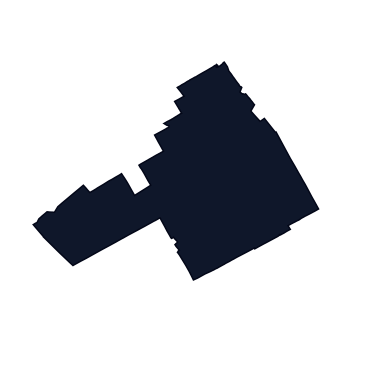 outline of LEU, Dolj, Romania, rotated 123°
{"feature_id": "2599482B68643233810442", "entity_name": "LEU", "entity_type": "district", "adm_level": 2, "iso_a3": "ROU", "parent_name": "Romania", "parent_adm1": "Dolj", "projection": "albers", "projection_center": [24.031, 44.193], "detail": "fine", "context": "isolated", "style": "filled", "palette": "ink", "viewbox_px": 384, "rotation_deg": 123, "n_neighbors": 0, "source": "geoboundaries", "source_scale": "gbopen_adm2", "svg_char_len": 5759}
<svg xmlns="http://www.w3.org/2000/svg" viewBox="0 0 384 384"><g transform="rotate(123 192 192)"><path d="M305.8,307.4L306.0,306.8L306.6,304.9L307.1,303.2L308.7,297.8L310.0,293.4L310.6,291.4L310.7,291.5L310.8,291.0L313.7,277.0L315.2,269.7L317.4,257.9L317.6,256.9L318.4,252.3L318.5,251.8L316.7,250.9L314.3,249.6L310.9,247.8L305.2,244.6L294.8,239.1L288.6,235.8L286.6,234.7L281.5,231.9L277.6,229.8L275.2,228.5L273.4,227.6L272.5,227.1L270.8,226.2L268.9,225.2L268.1,224.7L266.9,224.1L262.3,221.7L260.7,220.8L259.6,220.2L258.7,219.7L256.7,218.6L255.1,217.7L254.2,217.2L253.3,216.7L249.9,214.9L246.3,212.9L244.0,211.7L239.7,209.4L237.2,208.1L236.1,207.4L234.8,206.7L234.0,206.3L232.7,205.6L231.8,205.2L231.1,204.7L232.6,202.0L234.0,199.4L234.6,198.3L236.0,195.7L236.6,194.7L237.7,192.7L238.4,191.5L238.9,190.4L239.3,189.7L239.7,188.9L240.5,187.3L241.0,186.4L241.3,185.8L241.8,184.9L241.9,184.5L242.0,184.2L242.1,183.9L241.7,183.6L240.0,182.9L240.2,182.4L240.6,181.2L240.9,180.0L241.5,177.5L241.7,177.0L241.7,176.9L242.0,176.8L242.9,177.0L244.3,177.4L245.5,177.6L245.7,176.9L245.9,176.5L246.3,175.8L246.5,175.1L246.9,173.7L247.1,172.9L247.3,172.5L247.3,172.2L247.8,170.9L248.0,171.0L248.3,171.1L248.6,171.3L248.8,171.3L249.0,171.4L249.4,171.4L249.6,171.3L249.8,171.3L250.3,171.2L250.5,171.3L251.6,168.4L257.0,157.1L260.2,151.0L263.1,146.0L265.0,142.9L261.1,140.4L257.5,138.5L253.7,136.5L248.4,133.1L247.7,132.7L246.8,132.2L245.9,131.6L245.2,131.2L243.6,130.4L243.2,130.1L242.8,129.9L242.0,129.3L240.7,128.7L239.6,128.1L236.4,126.4L234.8,125.5L233.6,125.0L229.6,122.7L227.9,121.9L227.0,121.4L225.6,120.6L224.9,120.2L224.2,119.9L223.3,119.4L222.3,118.9L219.5,117.3L214.9,114.7L211.7,112.9L207.9,110.8L205.6,109.6L205.0,109.2L205.5,108.4L201.3,106.2L196.3,103.5L194.4,102.4L182.2,95.7L181.7,95.6L180.9,95.2L180.4,95.6L179.7,95.3L179.6,95.1L179.8,94.4L178.8,93.9L177.7,93.3L176.3,92.5L174.7,91.8L172.9,90.9L171.4,90.1L170.7,89.7L169.8,89.2L168.7,91.6L167.9,93.1L166.1,92.2L164.6,91.4L163.0,90.5L161.6,89.7L160.6,89.1L159.4,88.5L157.4,87.2L156.6,86.8L155.5,86.4L154.5,86.0L153.0,85.2L151.9,84.6L150.3,83.8L149.4,83.2L148.3,82.6L147.3,82.0L144.8,80.6L142.4,79.3L141.4,78.7L137.3,76.6L134.0,82.8L130.7,89.1L125.2,99.0L124.0,101.2L121.8,105.6L119.8,109.3L118.1,112.7L114.2,120.1L110.4,127.7L106.1,135.6L95.9,154.2L96.5,154.7L90.9,171.4L92.8,172.1L95.7,173.3L93.5,181.7L92.1,186.7L84.8,187.1L84.6,187.9L84.5,188.2L84.1,189.2L83.9,189.8L83.6,190.5L82.9,192.9L82.5,193.5L82.3,194.5L82.0,195.2L82.0,195.6L81.8,196.4L81.2,198.2L80.8,199.3L80.5,200.5L81.0,200.9L81.5,201.1L81.7,201.5L81.7,202.1L81.9,202.6L81.9,202.8L82.4,203.1L82.0,206.3L81.6,206.3L80.2,206.6L77.2,207.2L77.0,208.3L77.3,209.4L77.2,209.9L77.1,210.3L77.0,210.5L76.7,210.6L76.2,211.6L76.0,212.4L75.5,213.8L75.0,215.2L74.4,216.7L73.5,218.9L73.0,220.4L72.3,222.0L72.0,222.7L71.7,223.4L70.9,225.8L70.6,226.7L70.4,227.1L67.7,230.5L66.5,233.3L65.5,235.7L66.5,236.2L66.8,236.2L67.1,236.2L67.4,236.2L67.8,236.2L68.1,236.3L68.5,236.4L69.1,236.6L69.9,236.9L70.6,237.0L71.1,237.3L71.5,237.5L72.1,237.8L72.6,238.1L73.6,238.7L74.1,239.3L73.9,240.0L73.5,239.9L73.2,239.5L72.9,239.3L72.3,239.4L72.0,239.2L71.8,239.7L71.7,240.9L71.7,241.0L71.8,241.0L72.3,241.0L72.6,241.1L73.0,241.2L73.2,241.3L73.6,241.8L75.5,242.5L76.8,243.1L78.3,243.9L82.7,246.1L84.0,246.8L85.7,247.7L89.8,249.8L91.4,250.6L92.0,250.8L92.6,251.2L92.9,251.2L93.0,251.2L93.2,251.3L93.3,251.5L93.5,251.6L94.1,252.1L95.3,252.7L96.3,253.2L97.7,254.0L98.5,254.4L98.9,254.7L99.5,254.9L100.1,255.1L100.5,255.3L101.4,255.9L102.7,256.5L103.7,256.9L105.4,257.7L107.5,258.9L108.5,259.3L110.0,260.0L111.4,260.8L112.4,261.3L113.0,259.4L114.2,255.7L115.6,252.0L116.0,250.8L116.4,251.0L117.9,251.8L121.2,253.5L125.5,255.9L126.0,254.9L127.3,252.2L128.3,250.2L128.5,249.7L128.7,249.3L129.3,248.3L129.7,247.2L129.9,246.8L130.7,245.4L131.3,244.2L131.6,243.6L132.7,244.3L132.9,244.4L133.7,244.7L134.2,244.9L135.0,245.3L135.4,245.5L135.8,245.7L136.3,245.9L136.8,246.1L137.1,246.2L137.3,246.4L138.2,246.8L138.6,247.0L138.8,247.1L139.2,247.3L139.7,247.5L140.1,247.7L140.9,248.0L141.9,248.6L142.1,248.7L142.3,248.8L142.6,248.9L143.1,249.1L143.3,249.3L143.8,249.6L144.4,249.9L144.7,250.1L145.0,250.2L145.3,250.4L145.6,250.6L145.8,250.8L146.1,250.9L146.5,251.1L146.8,251.3L147.1,251.5L147.6,251.7L148.2,252.0L148.6,252.2L148.9,252.4L149.5,252.6L149.8,252.8L149.8,252.0L149.8,251.1L149.7,249.4L149.6,248.9L149.5,248.6L149.4,248.3L149.2,247.8L148.8,247.4L149.1,247.2L149.5,247.0L149.7,246.8L149.8,246.7L150.0,246.7L150.3,246.8L150.7,246.9L150.8,247.0L151.1,247.1L151.3,247.2L151.5,247.3L151.8,247.5L152.0,247.7L152.3,247.9L152.5,248.0L152.8,248.1L153.0,248.1L154.5,248.9L157.5,250.5L160.2,252.0L164.6,254.4L165.8,252.2L166.8,250.3L168.1,248.0L169.1,246.1L170.8,242.8L172.2,240.2L172.9,238.9L173.3,238.1L180.5,242.0L193.0,248.4L196.6,250.3L198.4,251.1L198.9,250.1L199.4,249.2L199.9,248.2L199.9,247.7L200.8,245.8L202.5,242.3L206.4,235.1L207.8,232.2L208.4,231.0L208.8,230.3L211.1,231.3L216.1,233.6L220.4,235.6L221.9,236.3L226.2,238.3L225.7,239.2L223.8,242.9L220.1,249.9L218.9,252.3L217.2,256.0L215.8,259.3L215.4,260.2L215.0,261.1L217.1,262.0L221.3,264.2L225.0,266.0L226.4,266.8L228.2,267.8L234.1,270.5L238.1,272.5L240.1,273.5L241.8,274.2L243.0,274.8L244.1,275.3L245.3,275.9L247.1,276.9L248.1,277.3L247.7,278.8L247.3,280.4L246.7,282.3L246.5,282.9L246.0,284.8L245.5,286.8L246.5,287.1L251.1,288.5L252.4,288.9L254.0,289.4L256.5,290.2L263.4,292.3L271.5,294.8L276.4,296.2L277.4,296.5L283.6,296.3L283.8,296.3L284.0,296.4L284.9,298.0L286.4,300.5L287.2,302.1L287.6,302.8L290.4,303.6L293.5,304.6L294.7,304.9L297.9,305.8L299.7,305.6L301.4,305.4L301.8,305.3L302.0,305.3L302.3,305.5L302.9,305.9L303.5,306.3L304.4,306.7L305.1,307.0L305.8,307.4Z" fill="#0f172a" stroke="#020617" stroke-width="1.5"/></g></svg>